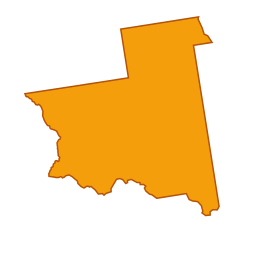 the district of Gunnison, Colorado, United States of America, rotated 171°
{"feature_id": "52423323B98763981234957", "entity_name": "Gunnison", "entity_type": "district", "adm_level": 2, "iso_a3": "USA", "parent_name": "United States of America", "parent_adm1": "Colorado", "projection": "mercator", "projection_center": [-106.65, 38.702], "detail": "fine", "context": "isolated", "style": "filled", "palette": "amber", "viewbox_px": 256, "rotation_deg": 171, "n_neighbors": 0, "source": "geoboundaries", "source_scale": "gbopen_adm2", "svg_char_len": 1836}
<svg xmlns="http://www.w3.org/2000/svg" viewBox="0 0 256 256"><g transform="rotate(171 128 128)"><path d="M50.3,134.4L50.4,199.4L31.6,199.4L34.9,206.7L38.1,208.7L39.1,215.2L41.8,224.8L40.9,226.7L119.7,226.8L119.7,177.5L153.0,177.6L224.4,178.0L224.1,176.9L224.1,175.9L223.5,174.8L222.1,174.6L220.4,172.4L219.2,171.9L218.5,170.7L218.3,169.2L216.8,168.6L216.0,167.0L215.5,165.6L214.6,165.3L214.0,164.8L213.0,165.0L212.5,165.3L212.1,165.0L211.6,164.5L210.4,162.3L209.4,157.7L210.4,153.5L209.6,149.2L208.7,146.5L207.1,143.1L205.2,142.3L204.8,139.5L202.0,138.1L199.0,136.2L197.4,131.1L196.0,129.5L196.9,127.6L198.3,127.2L200.4,124.5L200.6,120.8L200.6,119.2L201.0,118.6L200.7,117.5L200.6,116.6L200.9,116.0L201.0,115.2L201.0,114.4L200.9,113.1L201.3,112.4L201.1,111.4L200.7,110.9L200.5,110.4L200.0,109.8L200.3,108.9L201.0,108.3L200.9,107.3L201.3,106.5L201.7,106.1L202.3,105.9L202.5,106.1L203.5,106.9L204.5,106.9L205.0,106.7L205.4,106.1L205.4,105.6L205.9,104.8L206.5,104.5L207.2,104.2L207.6,103.3L207.9,102.6L207.9,102.0L208.3,101.5L208.8,101.3L209.9,101.1L210.2,100.6L210.2,99.6L210.7,98.9L211.7,98.2L211.9,97.5L213.4,95.1L213.6,92.6L210.9,91.8L208.5,91.0L206.4,90.2L204.1,90.0L202.1,90.5L200.9,89.7L200.6,89.0L198.4,89.5L196.9,90.6L193.4,90.8L190.6,88.5L188.4,85.9L186.3,83.6L186.1,81.0L183.4,77.4L180.8,75.6L178.1,76.8L176.8,76.8L175.7,76.3L175.4,75.7L173.7,76.1L170.0,71.9L167.6,67.4L163.5,67.2L162.2,65.4L160.0,66.8L154.6,67.7L154.3,70.7L147.3,79.2L143.8,79.3L141.1,77.6L139.0,73.6L137.0,74.1L136.7,76.3L132.8,76.7L127.5,72.7L124.7,72.2L124.8,70.2L121.5,69.8L119.6,67.8L121.2,66.0L120.2,62.9L117.1,59.3L114.8,58.3L110.6,54.1L80.6,54.1L78.8,47.8L75.6,45.8L70.7,44.4L67.7,39.9L67.1,34.0L68.2,32.6L65.0,29.4L60.4,29.2L60.1,32.3L57.2,34.0L52.6,33.2L50.3,36.3L50.3,130.9L50.3,134.4Z" fill="#f59e0b" stroke="#b45309" stroke-width="1.5"/></g></svg>